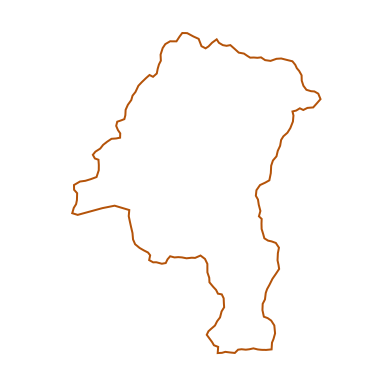 outline of São Roque, São Paulo, Brazil, rotated 186°
{"feature_id": "56859067B40084204815898", "entity_name": "São Roque", "entity_type": "district", "adm_level": 2, "iso_a3": "BRA", "parent_name": "Brazil", "parent_adm1": "São Paulo", "projection": "natural_earth1", "projection_center": [-47.115, -23.533], "detail": "fine", "context": "isolated", "style": "outline", "palette": "amber", "viewbox_px": 384, "rotation_deg": 186, "n_neighbors": 0, "source": "geoboundaries", "source_scale": "gbopen_adm2", "svg_char_len": 2616}
<svg xmlns="http://www.w3.org/2000/svg" viewBox="0 0 384 384"><g transform="rotate(186 192 192)"><path d="M149.6,34.5L145.3,35.2L142.2,36.5L137.8,36.4L132.6,36.4L129.7,40.0L126.3,40.8L122.0,40.8L118.5,41.6L114.6,42.9L110.1,42.3L106.5,42.3L101.7,42.7L96.4,43.8L96.7,50.5L95.6,54.2L94.6,60.1L96.2,67.9L99.8,72.4L103.6,74.5L107.5,75.5L109.6,81.9L110.0,88.2L108.2,92.8L108.1,99.3L107.2,103.2L105.3,107.7L102.9,114.1L100.0,119.4L97.3,124.6L98.3,128.4L99.8,133.0L100.2,140.1L99.7,145.7L103.3,150.1L107.7,151.2L111.3,151.6L115.2,153.5L116.8,157.6L118.9,162.5L119.6,168.0L119.9,172.5L122.9,174.8L122.0,180.3L124.3,186.4L125.6,191.4L128.1,194.9L128.1,200.5L125.1,206.0L120.1,209.0L116.3,211.7L115.6,219.0L116.0,226.4L114.8,231.8L111.7,236.3L111.0,241.9L109.2,247.1L108.8,253.1L106.9,257.0L103.3,260.9L100.9,265.8L99.0,272.6L99.1,278.7L100.5,282.6L96.9,283.9L93.5,286.5L89.9,285.2L86.0,287.7L80.3,288.8L76.9,293.5L73.9,297.8L76.7,303.0L80.8,304.8L84.1,304.7L88.9,305.6L92.3,309.3L94.5,314.2L95.2,319.5L98.1,323.6L100.7,326.1L102.6,329.3L105.8,332.5L111.7,333.3L117.2,334.1L121.9,333.3L127.6,330.6L133.1,330.8L137.4,333.1L141.0,332.3L144.6,332.2L148.2,331.7L151.1,333.1L154.8,335.1L160.1,335.5L164.7,338.9L169.2,342.1L172.9,341.0L176.7,341.3L180.8,343.2L183.4,346.4L187.7,342.5L190.8,338.5L193.5,336.3L197.8,338.0L201.4,345.0L206.8,346.8L213.4,349.5L218.3,349.1L220.6,345.3L223.2,340.2L229.5,339.6L234.0,336.3L236.2,332.1L237.6,325.3L236.7,319.3L238.2,315.4L239.0,310.9L239.4,306.2L242.8,302.5L246.5,303.9L249.7,300.4L253.5,295.9L256.4,292.1L258.7,285.5L261.2,281.6L262.0,277.1L264.9,272.0L266.6,266.8L266.3,261.4L266.9,257.4L270.0,255.8L273.7,254.1L274.3,249.8L272.1,245.8L269.5,242.8L269.2,238.5L273.1,237.3L277.6,236.5L281.8,233.0L285.3,229.6L287.8,225.6L292.3,222.0L294.5,218.6L292.1,215.2L288.4,214.3L287.5,209.2L287.0,203.9L288.5,196.9L294.0,194.2L299.2,192.0L304.5,190.7L310.1,186.6L309.5,181.9L306.1,178.8L305.6,171.9L306.0,167.8L307.9,163.9L308.9,158.4L303.3,157.3L279.4,166.6L267.5,170.3L252.5,167.5L252.4,161.4L250.5,155.5L249.0,151.0L246.9,145.0L245.7,138.7L243.1,134.1L238.3,130.9L233.8,128.9L229.4,127.2L227.0,124.7L227.5,119.8L223.3,118.0L220.1,118.4L214.5,117.5L210.7,118.6L209.3,122.5L207.0,125.8L202.6,125.1L198.8,125.8L195.1,125.9L190.5,125.5L185.4,126.6L182.0,126.8L176.9,129.7L172.1,126.8L169.2,122.1L168.3,113.7L165.9,108.5L165.2,104.0L161.1,100.0L157.8,97.1L155.6,93.6L151.7,93.3L149.4,89.6L148.7,84.9L148.0,80.7L150.1,76.3L151.0,70.2L153.5,66.1L155.2,61.6L158.7,57.9L161.1,55.2L162.4,51.5L159.2,48.0L156.2,44.7L154.2,41.9L149.8,40.7L149.6,34.5Z" fill="none" stroke="#b45309" stroke-width="2"/></g></svg>